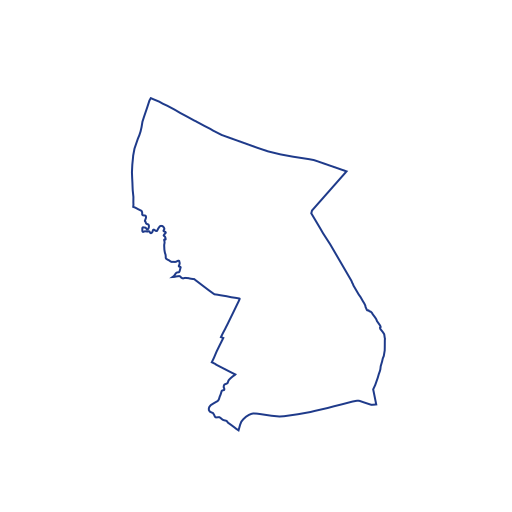 outline of Go Cong Dong, Tiền Giang, Vietnam, rotated 328°
{"feature_id": "81297802B63663693246644", "entity_name": "Go Cong Dong", "entity_type": "district", "adm_level": 2, "iso_a3": "VNM", "parent_name": "Vietnam", "parent_adm1": "Tiền Giang", "projection": "orthographic", "projection_center": [106.706, 10.378], "detail": "fine", "context": "isolated", "style": "outline", "palette": "blue", "viewbox_px": 512, "rotation_deg": 328, "n_neighbors": 0, "source": "geoboundaries", "source_scale": "gbopen_adm2", "svg_char_len": 6103}
<svg xmlns="http://www.w3.org/2000/svg" viewBox="0 0 512 512"><g transform="rotate(328 256 256)"><path d="M177.9,149.3L179.1,150.8L180.0,152.3L180.7,153.6L182.4,156.3L182.8,157.0L182.8,157.7L182.6,158.5L182.2,159.4L181.7,160.1L181.5,160.5L181.5,160.9L181.5,161.3L181.8,161.6L182.1,161.9L182.5,162.3L182.8,162.5L183.2,162.7L183.6,163.3L183.7,163.7L183.6,164.0L183.5,164.4L183.3,164.8L182.9,165.3L182.1,166.0L181.7,166.3L180.4,167.3L180.3,167.6L180.4,167.8L180.4,168.0L180.4,168.4L180.3,168.8L180.2,169.3L180.1,169.8L180.1,170.2L180.2,170.6L180.4,171.0L181.1,171.8L181.3,172.1L181.4,172.4L181.4,172.8L181.3,173.2L181.2,173.6L180.9,174.1L180.5,174.7L179.3,175.7L178.8,175.9L178.2,175.9L177.9,175.8L177.7,175.6L177.6,175.2L177.5,174.7L177.5,174.2L177.4,173.9L177.3,173.5L177.0,173.1L176.6,172.8L176.1,172.5L175.7,172.0L175.4,171.8L175.0,171.8L174.7,171.9L174.4,172.1L174.1,172.5L172.9,174.5L172.8,174.9L172.8,175.3L172.9,175.6L173.2,175.8L173.5,175.9L174.3,176.0L174.9,176.2L175.7,176.7L176.1,177.0L176.5,177.5L177.0,177.8L177.7,178.1L178.0,178.1L178.2,178.3L178.4,178.5L178.6,178.7L178.6,179.1L178.6,179.3L178.6,179.5L178.6,180.0L178.6,180.4L178.8,180.8L179.1,181.0L179.3,181.0L180.1,181.0L180.6,180.8L181.0,180.6L181.4,180.3L181.7,180.0L182.5,179.4L182.8,179.4L183.1,179.4L183.3,179.5L183.5,179.7L184.1,181.1L184.3,181.5L184.6,181.9L185.0,182.1L185.5,182.2L185.8,182.0L186.5,181.6L187.3,181.1L188.0,180.7L188.6,180.5L189.5,180.1L190.1,179.9L190.5,179.9L191.1,180.0L191.5,180.2L191.9,180.5L192.4,180.9L192.6,181.2L192.7,181.6L192.9,182.2L192.9,182.7L192.9,183.6L192.8,184.1L192.6,184.5L192.0,184.9L191.1,185.4L190.9,185.7L190.9,186.0L191.0,186.3L191.3,186.7L191.5,187.0L191.9,187.5L191.9,187.8L191.9,188.1L191.8,188.4L191.5,188.6L190.7,188.8L189.6,189.1L189.2,189.3L188.8,189.5L188.6,189.7L188.6,189.8L188.6,190.1L188.7,190.4L188.9,190.7L189.0,191.3L189.0,191.7L188.9,192.2L188.7,192.9L188.4,193.6L188.1,194.0L187.9,194.0L187.6,193.9L187.4,193.7L187.2,193.5L186.9,193.5L186.7,193.6L186.5,193.9L186.4,194.5L185.9,195.5L185.7,195.9L185.5,196.3L184.3,197.6L183.6,198.6L182.6,200.4L181.8,201.8L181.0,203.6L180.4,205.2L180.0,206.9L179.4,208.2L178.5,209.7L178.4,210.3L178.4,210.7L178.7,211.4L179.1,212.3L179.8,213.3L180.3,214.5L180.7,215.4L181.2,216.2L183.0,217.3L184.3,218.2L185.0,218.4L185.5,218.6L186.1,218.6L186.7,218.6L187.1,218.7L187.5,218.8L187.9,219.0L188.1,219.3L188.2,219.5L187.9,220.4L187.7,221.1L187.3,221.9L186.7,222.5L186.0,223.0L185.5,223.3L185.2,223.6L185.1,223.9L185.2,224.2L185.5,224.6L185.9,224.9L186.1,225.1L186.1,225.3L186.1,225.5L186.0,225.8L185.4,226.3L183.4,228.2L182.7,228.7L182.2,228.9L181.8,228.8L181.3,228.6L180.9,228.4L180.5,228.2L180.0,228.1L179.6,228.1L178.8,228.2L176.3,229.3L175.5,229.5L174.1,229.6L175.6,230.4L177.8,231.2L179.9,232.2L180.5,232.6L180.9,233.3L181.0,233.8L181.1,234.5L181.2,234.8L181.3,235.1L181.6,235.5L181.8,235.9L182.2,236.2L182.6,236.5L183.6,236.7L184.7,237.3L186.3,238.5L187.0,239.0L187.8,239.9L188.9,240.9L190.7,242.4L191.4,242.9L191.7,243.9L192.1,245.0L192.5,246.0L196.0,255.3L197.8,260.0L199.9,265.2L200.3,266.1L200.5,266.5L202.6,268.2L205.1,270.5L209.6,274.4L213.2,277.9L216.8,280.9L219.1,283.0L219.4,283.3L219.5,283.5L219.4,283.7L219.2,283.9L218.1,284.7L216.2,285.9L214.1,287.2L207.6,291.3L195.1,299.1L192.9,300.4L191.0,301.6L188.7,302.9L186.5,304.2L183.3,306.2L184.8,308.2L178.1,312.3L172.0,316.1L166.6,319.9L162.2,322.7L164.1,325.7L164.5,326.5L164.5,326.8L164.9,327.5L167.2,331.4L173.7,342.3L175.7,345.5L174.9,345.7L173.2,345.7L170.8,346.0L169.1,346.3L167.5,346.7L166.6,347.1L165.6,347.9L164.7,348.6L164.1,348.7L163.7,348.7L163.3,348.6L162.9,348.6L162.5,348.5L161.6,348.3L161.1,348.3L160.7,348.5L160.2,348.8L159.6,349.4L159.1,350.1L159.0,350.4L159.0,350.7L158.9,351.3L158.7,351.9L158.5,352.2L158.3,352.5L158.0,352.7L157.7,352.7L157.2,352.5L156.1,352.2L155.7,352.2L155.4,352.3L155.0,352.6L153.2,354.2L151.8,355.3L151.0,355.8L149.7,356.9L148.8,357.7L148.0,358.2L147.2,358.5L146.4,358.7L145.3,358.6L142.1,358.5L139.8,358.5L138.8,358.5L138.0,358.7L136.4,359.3L135.9,359.7L135.3,360.2L134.9,360.8L134.4,361.7L134.4,362.9L134.4,363.5L134.7,364.1L135.0,364.5L135.5,365.3L136.1,366.1L136.3,366.5L136.3,366.8L136.3,368.5L136.0,370.5L136.3,371.4L136.7,371.8L138.5,372.7L139.1,373.0L139.5,373.3L139.7,373.7L140.1,374.5L140.4,375.6L140.8,376.7L141.0,377.2L141.5,377.9L141.9,378.4L142.7,379.2L143.3,379.8L143.6,380.3L143.8,380.8L143.8,381.4L143.9,382.2L143.9,382.5L145.4,386.1L147.0,390.2L147.5,391.7L148.8,394.6L153.2,390.6L155.8,388.7L158.7,387.7L162.4,387.0L165.8,387.0L168.3,387.4L170.3,388.1L173.3,390.2L176.3,392.7L184.5,399.7L190.9,404.6L195.0,406.8L207.9,412.5L219.6,417.2L223.4,418.4L236.3,422.9L242.3,424.7L249.9,427.2L260.8,430.6L264.6,432.1L265.9,432.8L267.1,433.8L269.5,436.8L274.4,442.7L275.2,443.5L277.7,444.8L279.3,445.6L284.7,431.2L288.7,428.6L294.7,423.8L297.6,421.2L300.0,419.3L301.4,418.0L303.4,415.5L307.0,412.3L309.3,410.0L311.4,408.5L312.1,407.7L315.1,404.3L316.8,401.7L320.8,395.4L321.3,394.8L321.7,394.1L321.8,393.6L323.1,390.7L323.3,389.9L323.2,387.3L322.8,384.0L322.8,383.4L323.1,382.9L323.3,382.4L323.9,382.4L324.1,382.2L324.4,380.8L324.1,375.3L324.4,373.8L324.5,372.7L324.4,370.5L324.1,367.1L324.2,366.0L324.1,365.2L323.7,363.8L323.0,363.2L322.8,362.8L322.7,362.3L322.7,361.9L322.5,361.6L321.8,361.3L321.5,360.9L321.5,360.1L321.9,357.2L322.2,356.5L322.4,356.1L322.5,355.4L322.7,353.5L322.7,350.7L322.8,348.6L322.9,346.1L322.7,343.1L323.0,332.5L323.3,331.5L323.4,329.6L323.7,328.2L323.8,327.1L325.1,285.5L324.9,272.1L325.1,266.9L325.5,249.1L327.6,247.1L377.6,232.2L357.4,207.1L355.8,205.2L352.2,201.9L339.9,191.3L330.6,182.8L321.6,173.6L314.6,165.1L291.1,135.3L286.1,127.0L284.6,124.0L281.1,118.2L278.2,113.1L276.8,110.7L276.6,110.2L275.4,108.4L272.0,102.3L270.0,98.8L267.5,94.5L264.5,88.7L260.4,81.6L257.7,77.5L255.7,73.8L250.4,66.4L248.0,67.7L242.4,72.4L234.8,78.6L230.9,81.9L227.2,86.1L224.0,89.3L221.0,91.8L217.9,94.0L209.9,100.5L205.1,105.7L203.9,107.3L199.5,113.0L195.2,119.2L192.5,123.9L190.0,128.4L187.7,132.4L186.3,134.9L183.3,141.0L180.3,145.7L179.4,147.3L177.9,149.3Z" fill="none" stroke="#1e3a8a" stroke-width="2"/></g></svg>